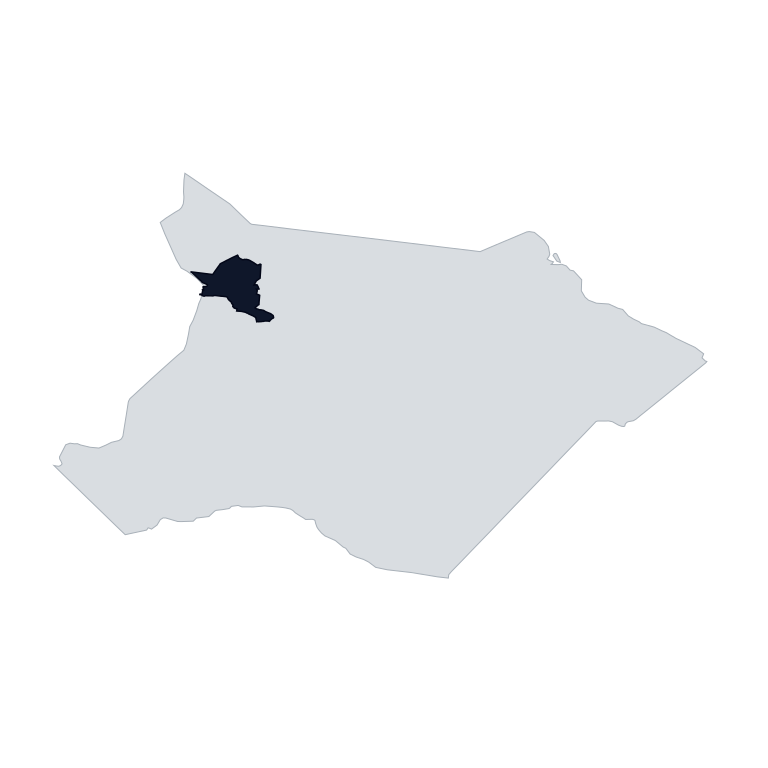 Wajir North, North-Eastern, Kenya shown in context, rotated 277°
{"feature_id": "3690345B77349779921322", "entity_name": "Wajir North", "entity_type": "district", "adm_level": 2, "iso_a3": "KEN", "parent_name": "Kenya", "parent_adm1": "North-Eastern", "projection": "equal_earth", "projection_center": [39.341, 2.99], "detail": "fine", "context": "in_parent", "style": "filled", "palette": "ink", "viewbox_px": 768, "rotation_deg": 277, "n_neighbors": 0, "source": "geoboundaries", "source_scale": "gbopen_adm2", "svg_char_len": 8079}
<svg xmlns="http://www.w3.org/2000/svg" viewBox="0 0 768 768"><g transform="rotate(277 384 384)"><path d="M199.2,471.5L199.1,460.8L200.2,433.8L200.0,410.0L201.0,398.1L205.4,390.5L207.4,385.0L208.9,377.4L211.1,371.1L216.3,366.1L217.2,363.3L222.7,354.8L226.0,343.9L228.5,340.1L231.6,336.7L233.8,334.9L237.4,333.1L240.2,332.1L240.7,331.2L241.0,329.4L240.0,322.7L241.2,320.5L243.2,316.0L245.3,311.7L247.3,309.1L248.5,306.3L249.0,301.6L249.1,298.2L249.0,292.7L248.4,280.2L246.1,269.7L244.7,258.0L245.7,254.1L243.9,247.2L243.0,246.9L241.5,245.4L239.6,238.9L238.2,233.0L237.3,231.5L231.1,226.3L228.1,214.2L224.6,211.4L222.7,199.3L222.4,195.9L224.4,183.8L224.2,181.1L222.1,178.5L216.3,175.9L211.6,170.9L212.2,169.2L212.5,167.4L210.1,166.2L202.9,145.5L212.2,133.1L221.7,120.6L233.7,104.7L244.8,90.1L254.3,77.5L262.9,66.3L262.7,68.4L262.7,71.2L263.7,73.0L265.5,74.2L267.9,72.9L270.1,71.2L272.1,70.8L284.9,75.5L287.0,79.6L286.9,84.0L287.4,87.1L286.5,90.3L285.4,100.0L285.7,108.9L289.5,115.5L292.9,120.6L295.6,127.8L297.6,130.1L300.4,131.2L309.2,131.5L322.2,132.0L334.7,132.4L335.9,132.6L338.5,133.6L350.0,143.4L360.6,152.4L369.5,160.1L378.2,167.7L386.6,175.1L393.1,181.2L399.6,183.0L410.0,183.9L417.3,184.2L424.0,186.8L433.9,189.2L441.4,190.4L445.9,191.8L458.3,193.2L460.4,192.4L465.9,185.6L472.0,174.6L474.4,168.5L482.4,162.5L496.4,154.1L506.2,148.2L517.1,142.2L522.1,147.4L529.0,155.7L532.1,159.8L534.5,161.6L538.3,162.8L542.8,162.8L545.3,162.6L550.3,161.6L562.2,160.6L568.9,160.7L563.3,171.6L556.4,184.8L543.9,209.1L534.3,221.8L527.1,231.5L526.4,233.2L526.5,244.0L526.5,270.3L526.7,322.9L526.9,375.5L527.0,428.1L527.1,454.4L527.1,463.3L533.5,474.3L539.7,485.1L547.9,499.4L552.3,507.1L553.0,509.6L552.8,514.8L546.0,525.5L540.5,530.4L533.0,532.7L530.8,532.2L527.9,530.7L526.7,533.3L525.9,537.3L524.2,536.4L523.0,535.3L523.7,542.4L524.5,545.9L523.4,550.6L519.7,554.8L519.4,558.3L511.6,567.5L500.5,568.5L494.7,573.0L492.1,576.8L490.1,584.9L490.8,597.4L487.7,607.0L487.1,611.8L481.4,618.1L478.8,623.8L476.9,629.6L475.3,632.2L473.4,645.2L470.7,653.2L470.0,655.8L469.3,658.2L467.2,662.8L465.9,666.0L464.9,668.1L458.2,688.4L452.9,697.6L448.7,696.5L446.0,700.1L445.7,701.7L444.2,700.8L440.8,697.5L433.7,690.6L426.6,683.7L419.5,676.8L412.4,669.9L405.2,663.0L398.1,656.1L391.0,649.2L383.9,642.3L379.7,638.3L377.9,635.9L376.4,631.1L375.7,629.9L373.8,628.4L371.6,628.1L371.0,627.2L371.0,624.9L371.8,621.6L374.4,615.3L374.7,611.6L374.1,607.3L373.3,600.6L372.6,599.0L367.9,595.5L358.0,588.1L348.1,580.6L338.3,573.2L328.4,565.8L318.5,558.4L308.6,550.9L298.7,543.5L288.9,536.1L279.0,528.6L269.1,521.2L259.2,513.8L249.3,506.4L239.4,498.9L229.6,491.5L219.7,484.1L209.8,476.6L206.1,473.8L202.7,471.5L199.2,471.5ZM527.8,543.7L526.1,544.2L527.0,540.6L532.1,536.1L534.1,537.1L534.5,538.1L534.4,539.1L533.6,540.0L527.8,543.7Z" fill="#d9dde1" stroke="#a8b0b8" stroke-width="1"/><path d="M473.9,248.1L479.4,247.8L487.6,247.3L487.7,247.0L487.8,246.8L487.8,246.6L487.9,246.4L487.7,246.1L487.6,245.9L487.4,245.8L487.3,245.6L487.2,245.3L487.1,245.1L486.8,244.8L486.7,244.7L486.6,244.4L486.7,243.9L486.8,243.4L486.8,243.2L487.0,242.8L487.1,242.6L487.2,242.4L487.3,242.3L487.5,242.0L487.6,241.7L487.7,241.4L488.0,240.7L488.4,240.2L488.5,240.0L488.6,239.9L488.7,239.4L488.9,239.0L490.3,235.7L490.4,235.4L490.7,234.5L490.7,234.2L490.8,233.3L490.9,232.8L490.9,232.5L490.9,232.3L490.9,232.0L490.8,231.9L490.7,231.2L490.7,230.8L490.7,230.3L490.7,230.2L490.3,229.8L490.3,229.7L490.3,229.4L490.3,229.1L490.3,228.9L490.2,228.6L490.2,228.4L490.2,228.1L490.2,227.8L490.5,227.4L490.7,226.8L490.7,226.5L490.8,226.3L491.0,225.8L491.4,225.2L491.5,225.0L491.7,224.6L491.9,224.4L492.1,224.2L492.9,223.7L493.3,223.5L493.6,223.4L493.8,223.2L494.0,222.9L493.9,222.8L493.7,222.4L492.6,220.7L491.2,218.4L489.6,216.0L488.0,213.7L487.9,213.4L485.3,209.7L483.8,207.4L483.3,207.1L483.3,206.8L482.2,206.3L479.2,204.6L477.8,203.9L476.1,202.9L472.8,201.2L472.1,200.8L471.9,200.7L471.8,200.1L471.8,195.4L471.8,192.8L471.8,190.4L471.8,185.7L471.8,182.6L471.8,178.3L471.2,179.9L470.9,180.5L470.8,180.4L470.5,180.8L467.7,184.7L465.2,188.1L465.0,188.4L464.8,188.6L463.6,190.4L463.3,190.6L462.7,191.2L462.5,191.7L461.9,193.9L461.2,196.3L461.0,196.7L460.8,196.7L460.6,196.7L460.4,196.6L460.2,196.6L459.2,196.1L459.2,195.8L458.5,192.7L458.3,192.5L458.2,192.5L457.9,192.9L457.8,193.0L457.5,192.9L457.4,192.9L457.1,193.0L456.8,193.1L456.6,193.1L456.4,193.2L456.0,192.9L455.8,193.2L455.6,193.1L455.3,193.3L455.3,193.0L455.2,192.6L455.0,192.8L454.9,192.9L454.7,192.9L454.5,192.6L454.4,192.6L454.2,192.6L453.7,192.6L453.4,192.6L453.0,192.5L452.7,192.5L452.0,192.5L451.1,192.6L450.7,192.6L450.8,192.2L450.9,191.7L450.9,191.4L450.9,191.1L450.8,190.4L450.6,190.3L450.4,190.3L450.2,190.5L450.3,190.6L450.5,190.8L450.5,191.0L450.4,191.2L450.3,191.5L450.2,191.7L450.2,191.9L450.2,192.1L449.8,192.6L449.8,192.8L449.5,193.1L449.4,193.5L449.3,193.9L449.3,194.0L449.3,194.6L449.3,195.0L449.6,195.5L449.7,195.8L449.8,195.9L449.9,196.1L449.9,196.3L450.0,197.5L450.3,200.2L450.5,202.0L450.5,202.6L450.6,202.8L450.6,203.3L450.6,203.6L450.9,204.0L451.0,204.1L451.1,204.4L451.1,204.6L451.2,205.4L451.3,206.0L451.3,208.8L451.3,210.8L451.3,211.7L451.4,213.1L451.4,214.4L451.4,215.5L451.4,216.2L451.4,217.2L451.3,217.4L451.0,217.7L450.8,217.9L450.5,218.2L450.3,218.3L449.8,218.7L448.9,219.3L448.6,219.7L448.4,219.9L447.8,220.8L447.3,221.4L447.0,221.9L447.0,222.0L447.0,222.3L446.9,222.4L446.8,222.5L446.7,222.6L446.4,222.6L446.2,222.7L445.9,222.9L445.6,222.9L445.5,223.0L445.4,223.1L445.1,223.4L444.9,223.6L444.7,223.7L444.6,223.9L444.5,224.1L444.4,224.4L442.6,224.5L442.4,224.5L442.1,224.9L442.0,225.3L441.9,225.4L441.8,225.5L441.7,225.6L441.4,225.7L441.3,225.8L441.2,225.9L441.1,226.4L441.0,226.7L440.9,227.0L440.7,228.3L440.7,228.9L440.4,228.9L440.1,228.9L439.9,229.0L439.5,228.9L439.1,229.0L438.5,228.9L438.5,229.3L438.7,233.5L438.7,233.8L438.5,235.6L438.3,237.8L438.3,238.1L438.2,238.2L438.0,238.4L437.9,238.6L437.9,238.8L437.8,239.0L437.7,239.3L437.7,239.5L437.7,239.9L437.7,240.1L437.6,240.3L437.3,240.7L437.1,240.9L436.9,241.7L435.9,244.9L435.6,246.0L435.4,246.4L435.2,246.7L435.1,247.0L434.5,248.3L434.4,248.6L434.2,248.6L433.8,248.8L432.6,249.2L432.2,249.4L430.2,250.1L430.3,250.4L430.4,250.6L430.5,251.2L430.5,251.8L430.5,252.1L430.6,252.6L430.7,252.9L430.8,253.4L430.8,253.7L430.9,254.0L431.0,254.6L431.1,255.1L431.3,255.5L431.4,256.0L431.4,256.3L431.4,256.5L431.5,256.7L431.7,257.2L431.8,257.4L431.8,257.5L431.9,257.8L431.9,258.0L432.0,258.1L432.1,258.4L432.1,258.6L432.1,258.8L432.1,259.2L432.2,259.5L432.2,260.1L432.2,260.3L432.2,260.5L432.4,260.7L432.4,260.8L432.4,261.0L432.4,261.5L432.3,261.8L432.2,262.3L432.2,262.5L432.4,262.6L432.7,262.9L432.9,263.1L433.1,263.1L433.5,263.4L433.9,263.7L434.6,264.3L435.0,264.6L435.2,264.9L435.4,265.1L435.5,265.4L435.7,265.7L436.0,266.1L436.3,266.3L436.6,266.3L436.8,266.3L437.0,266.2L437.7,265.9L437.9,265.8L438.0,265.7L438.5,265.6L438.6,265.4L438.7,265.2L438.9,264.8L439.0,264.6L439.4,264.0L439.7,263.5L439.8,263.3L439.9,263.0L440.0,262.8L440.2,262.2L440.2,261.9L440.3,261.7L440.4,261.1L440.5,260.9L440.6,260.4L440.8,259.7L441.1,258.7L441.2,258.2L441.3,258.0L441.6,257.2L441.7,256.9L441.9,256.5L442.2,256.0L442.3,255.8L442.4,255.4L442.5,254.6L442.5,254.1L442.6,253.4L442.6,252.8L442.6,252.6L442.6,252.4L442.5,251.8L442.5,251.3L442.5,251.0L442.6,250.8L442.6,250.6L442.8,250.1L443.0,249.6L443.0,249.3L443.0,249.1L443.0,248.6L443.0,248.4L443.1,248.2L443.3,247.7L443.5,247.4L443.6,247.1L443.8,246.8L444.0,246.7L447.4,249.8L447.6,250.2L450.2,250.0L456.9,249.8L457.0,249.6L457.2,249.0L457.8,246.5L459.8,246.7L460.7,246.8L460.9,246.8L461.3,246.8L461.5,246.7L461.8,246.4L462.0,246.3L462.4,246.1L462.5,246.0L462.5,246.3L462.7,246.8L462.8,247.0L463.0,247.5L463.0,247.8L462.9,248.1L462.9,248.3L463.1,248.4L463.3,248.2L463.5,248.1L463.8,247.9L464.0,247.8L464.6,247.5L465.0,247.3L465.5,247.0L465.7,246.9L465.9,246.7L466.1,246.5L466.3,246.3L466.4,246.2L466.7,246.1L466.9,246.0L466.9,245.5L466.8,244.2L466.7,244.0L466.6,243.3L466.5,243.0L467.3,243.3L470.8,244.7L473.9,248.1Z" fill="#0f172a" stroke="#020617" stroke-width="1.5"/></g></svg>